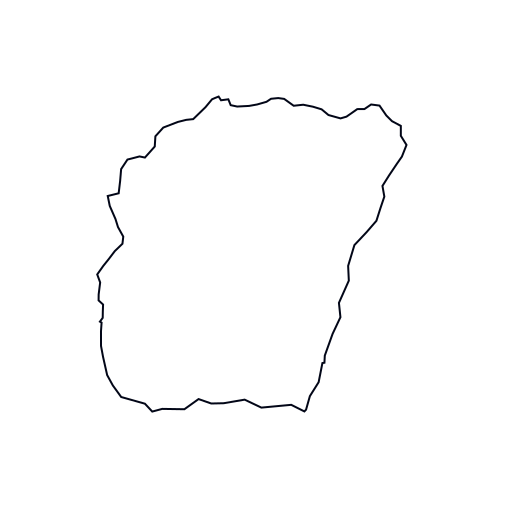 the district of Kelokedara, Paphos, Cyprus, rotated 160°
{"feature_id": "46923920B54949765658337", "entity_name": "Kelokedara", "entity_type": "district", "adm_level": 2, "iso_a3": "CYP", "parent_name": "Cyprus", "parent_adm1": "Paphos", "projection": "robinson", "projection_center": [32.643, 34.814], "detail": "fine", "context": "isolated", "style": "outline", "palette": "ink", "viewbox_px": 512, "rotation_deg": 160, "n_neighbors": 0, "source": "geoboundaries", "source_scale": "gbopen_adm2", "svg_char_len": 1354}
<svg xmlns="http://www.w3.org/2000/svg" viewBox="0 0 512 512"><g transform="rotate(160 256 256)"><path d="M228.2,132.3L225.4,138.9L210.6,156.7L197.6,169.6L194.1,183.6L177.2,201.1L172.8,215.2L159.8,232.6L143.9,240.6L130.8,247.9L122.7,258.4L115.1,267.9L113.2,278.6L103.4,286.2L92.3,294.3L84.9,299.5L77.9,307.4L76.6,308.9L78.8,319.4L75.4,328.7L82.1,336.2L85.5,343.5L88.5,355.1L96.0,359.0L103.8,357.0L110.6,359.4L123.3,356.0L129.5,356.4L139.7,363.7L144.2,371.4L151.4,376.8L159.9,382.0L169.2,384.3L175.8,394.0L181.1,396.8L188.1,398.6L193.4,397.3L203.1,398.0L211.2,399.4L222.6,402.9L228.2,406.4L228.4,412.7L235.6,414.3L236.6,418.6L240.4,418.5L243.7,418.3L252.6,413.1L268.2,406.1L275.0,407.8L283.6,408.7L299.2,408.4L309.6,402.9L313.7,393.5L326.7,386.5L331.4,389.4L339.0,390.1L343.8,390.6L353.0,383.8L358.0,373.0L363.6,361.9L374.8,363.1L376.3,353.1L375.4,338.8L375.8,330.4L374.1,319.6L377.3,313.2L387.0,308.9L395.7,303.3L402.8,299.0L411.5,293.0L411.5,284.4L417.0,273.7L419.1,268.1L416.3,262.7L418.9,256.3L421.2,250.3L425.1,247.7L423.9,246.2L427.4,238.3L432.4,224.5L434.2,213.7L436.6,195.0L434.8,183.3L430.9,169.6L410.9,155.2L406.7,145.3L396.4,144.4L375.7,136.5L358.9,141.2L348.5,132.7L336.7,128.7L315.8,124.9L302.8,111.7L273.8,104.1L263.7,93.4L261.5,94.5L253.3,105.9L240.3,116.0L230.2,132.7L228.2,132.3Z" fill="none" stroke="#020617" stroke-width="2"/></g></svg>